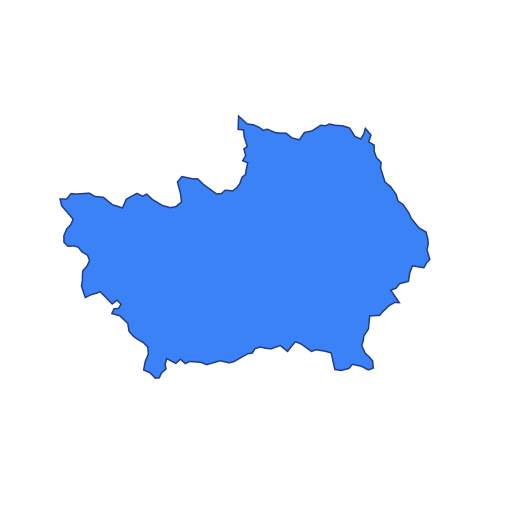 the district of Boqueirão do Leão, Rio Grande do Sul, Brazil, rotated 145°
{"feature_id": "56859067B66927838665676", "entity_name": "Boqueirão do Leão", "entity_type": "district", "adm_level": 2, "iso_a3": "BRA", "parent_name": "Brazil", "parent_adm1": "Rio Grande do Sul", "projection": "equal_earth", "projection_center": [-52.406, -29.305], "detail": "fine", "context": "isolated", "style": "filled", "palette": "blue", "viewbox_px": 512, "rotation_deg": 145, "n_neighbors": 0, "source": "geoboundaries", "source_scale": "gbopen_adm2", "svg_char_len": 2406}
<svg xmlns="http://www.w3.org/2000/svg" viewBox="0 0 512 512"><g transform="rotate(145 256 256)"><path d="M139.7,154.0L133.5,158.2L125.2,150.1L119.9,152.7L115.6,153.5L112.4,163.0L108.0,167.1L105.3,171.8L103.0,178.2L106.4,185.6L107.3,197.8L106.1,203.4L106.0,213.6L108.1,219.6L106.0,225.9L106.0,235.5L107.9,242.7L103.5,256.6L99.9,260.8L100.9,267.7L99.1,274.1L95.6,279.1L98.3,284.8L92.4,289.2L93.2,297.8L97.6,294.2L103.1,291.7L106.4,297.2L106.0,307.3L110.3,312.9L116.6,318.0L120.0,321.9L124.2,322.7L128.1,326.0L138.3,326.3L145.5,329.4L153.8,326.3L158.8,332.1L160.9,339.4L166.0,343.0L169.5,346.1L174.0,353.4L178.0,354.7L179.5,359.5L183.1,365.3L187.5,369.1L190.0,380.6L198.0,370.0L193.9,366.4L197.1,360.8L200.4,350.6L204.4,350.8L206.9,344.1L212.3,341.7L209.3,337.1L214.8,332.1L217.7,328.8L222.3,328.5L227.7,324.6L232.3,323.0L237.7,322.7L243.6,327.6L248.6,326.9L252.8,329.6L258.0,344.7L259.5,352.7L263.2,355.2L271.2,363.6L277.9,361.7L282.2,350.0L286.0,343.0L293.3,342.4L298.4,344.7L303.7,351.1L308.4,361.6L310.0,369.4L314.6,370.0L317.6,375.6L329.7,376.9L337.8,371.9L341.1,376.4L344.2,380.3L347.4,391.7L353.7,397.0L356.5,403.1L360.3,405.4L367.7,409.8L371.8,413.2L378.5,411.2L383.8,415.1L386.4,408.5L385.4,398.7L384.7,390.9L389.8,387.9L395.6,386.7L401.7,382.8L405.4,377.5L404.4,371.7L399.8,369.1L396.5,365.2L396.2,359.1L393.5,353.4L395.0,347.7L400.2,344.7L406.5,343.1L409.4,339.6L412.1,335.7L416.3,331.3L418.1,325.1L419.6,319.9L413.7,319.0L408.1,317.1L404.0,315.9L401.3,299.2L395.2,299.5L394.2,293.9L398.8,291.9L402.5,294.2L407.1,291.5L401.9,285.3L399.7,274.2L403.2,267.2L402.5,260.5L400.9,256.0L397.9,249.6L396.9,243.5L400.4,237.4L407.1,233.2L413.4,227.1L409.7,220.9L408.6,213.7L405.1,211.7L400.3,214.5L394.6,215.0L392.4,219.5L388.0,223.2L383.3,214.0L377.1,214.8L375.6,208.4L371.2,207.9L366.6,204.2L362.0,200.4L358.7,195.3L350.8,192.6L345.5,190.8L339.3,183.9L334.8,182.2L318.8,180.7L314.8,178.6L310.0,180.7L304.4,178.9L301.5,175.3L297.1,171.4L287.5,168.8L284.9,159.7L278.3,161.8L272.8,163.2L269.3,157.6L265.3,146.0L260.7,144.9L254.3,138.7L250.0,133.5L256.5,117.7L251.7,113.3L244.4,110.6L239.2,112.0L232.9,105.2L229.4,98.3L224.2,96.9L220.6,103.3L221.2,108.4L222.3,113.9L220.8,122.0L216.6,125.3L213.5,128.7L205.8,131.7L197.2,141.7L188.9,136.5L184.4,137.6L175.5,139.0L169.0,138.4L165.4,135.6L165.2,150.7L159.7,149.3L154.4,151.0L145.6,147.9L139.7,154.0Z" fill="#3b82f6" stroke="#1e3a8a" stroke-width="1.5"/></g></svg>